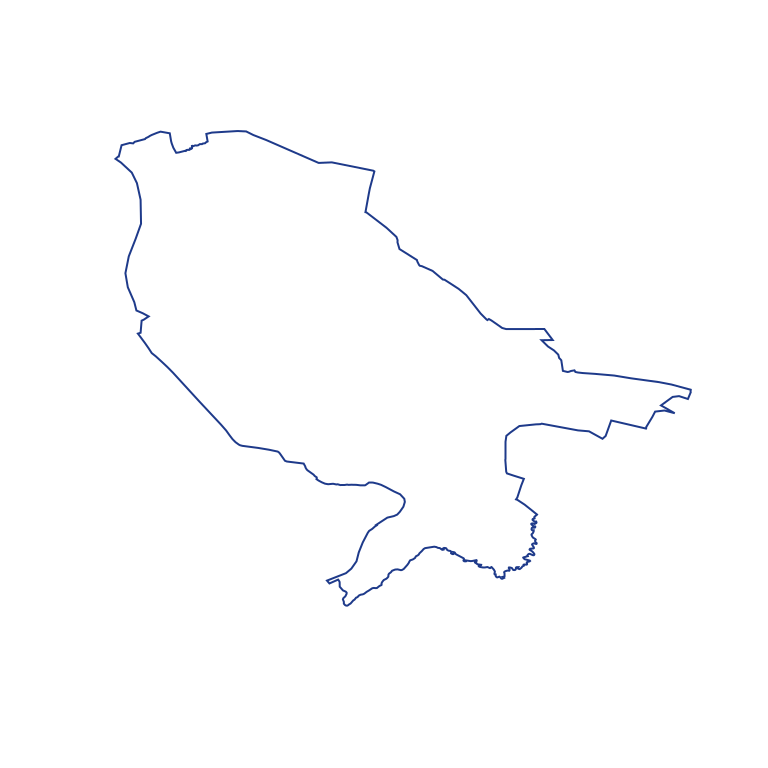 Kuldīga, Kuldigas, Latvia (Natural Earth projection), rotated 190°
{"feature_id": "27541924B54151317600079", "entity_name": "Kuldīga", "entity_type": "district", "adm_level": 2, "iso_a3": "LVA", "parent_name": "Latvia", "parent_adm1": "Kuldigas", "projection": "natural_earth1", "projection_center": [21.956, 56.971], "detail": "fine", "context": "isolated", "style": "outline", "palette": "blue", "viewbox_px": 768, "rotation_deg": 190, "n_neighbors": 0, "source": "geoboundaries", "source_scale": "gbopen_adm2", "svg_char_len": 6135}
<svg xmlns="http://www.w3.org/2000/svg" viewBox="0 0 768 768"><g transform="rotate(190 384 384)"><path d="M430.4,591.7L431.6,592.2L473.9,593.2L486.6,590.4L487.3,590.5L542.3,603.8L555.9,606.5L563.6,608.8L572.1,607.7L597.2,601.7L602.4,599.4L599.8,592.2L601.3,591.1L601.9,590.1L604.4,589.2L604.9,588.6L607.1,588.2L608.5,586.8L609.9,586.3L611.4,586.2L613.3,585.0L614.1,585.3L614.5,585.1L614.0,582.8L614.6,582.1L615.2,581.8L615.8,582.4L616.0,582.3L616.1,581.0L616.7,580.6L617.5,580.7L619.2,580.1L619.2,579.5L619.7,579.0L620.6,579.0L626.1,576.5L628.8,575.6L632.5,580.1L634.8,584.0L635.8,586.1L638.5,593.7L647.9,593.7L651.2,591.9L656.0,588.9L658.0,587.4L658.6,586.7L661.3,584.7L661.9,583.7L671.6,579.2L672.8,577.4L676.2,577.2L683.9,573.6L684.7,562.0L685.2,561.9L687.5,559.1L681.5,556.4L669.1,548.4L662.2,538.9L655.7,523.2L651.1,499.6L653.8,483.8L657.5,465.4L657.9,448.2L653.1,434.8L644.1,421.2L640.6,413.4L633.9,411.8L627.5,409.7L631.8,405.6L633.7,404.3L632.6,392.2L635.1,390.9L626.8,383.1L622.0,378.3L618.1,374.1L613.5,371.6L607.5,367.8L600.0,362.9L593.8,358.5L562.4,334.4L537.5,315.7L531.4,310.8L527.1,306.6L523.5,303.3L520.1,300.9L516.4,299.1L515.1,298.7L512.8,298.5L496.7,299.2L485.8,299.3L476.9,299.0L475.6,298.4L474.6,297.6L468.2,291.2L466.2,290.8L449.3,291.7L447.2,289.1L446.8,288.1L445.3,286.4L444.3,285.7L437.6,282.5L436.3,281.4L434.1,280.4L433.8,279.6L434.0,278.6L431.8,277.6L428.2,276.4L424.8,275.6L421.6,275.6L416.8,276.9L413.5,276.8L412.2,277.2L409.5,276.9L405.3,277.7L402.9,278.5L401.4,278.5L398.8,279.1L393.6,279.9L389.8,280.1L385.2,280.9L384.7,281.2L381.6,284.4L377.8,285.0L372.9,284.7L369.4,284.2L364.4,282.8L355.5,279.9L349.0,278.2L344.1,274.5L343.0,271.5L343.6,266.5L346.2,260.9L348.3,257.7L351.4,255.6L357.5,253.0L367.3,243.8L366.7,243.5L368.2,242.1L370.4,239.3L373.1,236.8L374.1,234.7L377.4,224.3L379.6,213.8L380.3,204.6L384.1,196.5L388.6,191.1L406.0,180.5L403.1,178.1L395.2,183.4L393.8,182.0L393.3,181.2L392.4,176.7L388.6,173.6L385.7,172.9L384.6,172.1L384.4,170.9L385.2,168.2L386.8,166.1L387.1,164.8L385.7,162.5L385.4,160.7L384.1,159.6L382.9,159.2L381.8,159.3L380.8,160.0L380.2,160.8L378.8,162.0L376.7,165.5L375.6,166.5L374.4,168.7L373.1,169.5L372.0,171.3L370.5,172.4L368.3,173.2L367.0,174.1L364.9,176.4L363.1,177.9L360.1,180.8L358.6,181.4L357.0,181.5L355.6,181.8L353.3,184.4L351.8,185.4L351.5,185.8L351.8,187.0L351.6,188.2L351.0,189.5L350.2,190.9L347.8,192.7L346.9,193.9L346.3,195.0L346.5,197.1L346.1,198.1L344.5,199.8L343.6,201.5L340.8,203.2L338.4,203.8L335.0,203.6L334.1,203.9L332.5,205.2L329.6,209.9L328.6,212.0L328.2,213.5L327.6,214.9L325.2,216.2L323.9,217.4L323.1,218.3L322.9,219.3L322.5,220.0L321.1,221.0L320.2,222.0L319.7,223.4L317.7,226.1L316.3,228.4L315.0,229.5L306.3,232.5L304.2,232.5L302.4,232.0L300.6,232.1L298.1,230.9L297.3,230.9L296.6,231.3L297.6,232.0L296.4,233.0L294.7,233.1L294.1,232.9L293.0,231.6L292.3,231.3L291.5,231.1L289.8,231.1L289.1,230.8L288.6,230.3L288.6,229.0L287.9,228.6L286.8,228.4L286.0,228.6L285.8,229.0L286.6,230.5L285.7,230.5L284.9,230.2L284.2,229.3L283.5,228.8L275.4,226.2L275.0,225.9L274.9,225.4L275.1,224.0L274.9,223.7L274.3,223.4L273.3,223.4L272.7,223.6L273.3,224.5L268.0,224.6L266.7,224.9L262.4,226.6L262.1,226.4L262.2,224.5L263.5,224.2L263.4,224.0L260.5,222.7L256.9,222.8L256.9,222.6L258.8,221.7L259.1,221.3L259.0,220.9L257.7,220.5L254.7,220.5L252.9,220.8L250.4,221.7L247.7,221.1L247.3,221.3L246.7,222.2L246.3,222.4L243.6,220.3L242.4,218.8L242.2,218.4L242.3,216.4L242.1,215.9L241.9,215.7L241.0,215.9L240.8,215.4L240.6,214.2L240.3,213.8L239.1,213.2L238.6,213.3L237.0,214.3L236.4,214.1L234.5,212.7L233.8,212.7L232.2,213.8L233.5,214.7L231.9,215.3L232.0,216.2L232.4,218.3L233.0,219.5L232.7,220.1L232.0,220.7L230.1,221.7L228.2,221.9L228.0,222.4L228.1,223.1L229.2,224.5L229.1,225.0L228.2,225.2L226.2,225.0L224.4,223.3L223.2,223.4L222.4,223.8L222.1,224.3L222.2,225.7L222.1,226.2L221.7,226.6L219.8,227.0L220.2,225.6L218.7,225.2L218.2,225.3L216.8,226.8L216.0,228.4L214.7,229.4L215.1,230.3L214.6,230.6L212.5,230.8L211.9,231.1L211.8,231.6L212.4,232.8L212.4,233.1L212.1,233.5L209.8,234.6L209.4,235.1L209.7,235.4L215.1,235.9L216.4,236.8L216.7,237.3L216.3,237.6L214.2,238.5L213.9,238.9L212.5,239.4L213.0,240.2L212.7,240.9L212.0,241.7L211.4,242.0L210.6,242.0L207.9,241.3L207.1,241.3L206.6,241.5L206.3,242.1L206.5,242.8L207.9,244.1L209.4,245.1L211.7,246.0L211.9,246.4L211.5,247.1L208.3,248.0L207.9,248.4L207.9,248.7L208.1,249.2L210.0,251.2L210.3,251.7L210.1,252.2L209.2,252.9L208.7,253.1L206.5,252.9L206.1,253.0L206.0,253.3L206.0,253.7L206.3,254.0L207.1,254.3L207.9,255.5L208.0,255.9L207.5,257.1L207.9,257.5L210.8,258.7L212.2,260.4L212.6,261.2L212.5,261.7L211.6,262.8L211.2,264.0L211.0,265.1L211.2,266.0L212.4,265.6L213.0,265.9L213.4,266.3L213.5,267.2L213.4,267.9L212.9,268.4L211.4,268.5L210.5,268.8L210.2,269.3L210.2,269.7L210.4,270.0L211.8,269.9L213.1,270.5L214.4,271.3L214.7,271.7L214.5,272.1L213.9,272.4L212.9,272.6L211.4,272.3L209.9,273.5L209.8,274.3L210.3,275.0L211.6,274.6L213.5,275.5L214.1,276.0L214.2,276.5L214.0,276.9L212.4,277.7L212.3,278.0L212.9,278.9L212.7,279.5L210.7,281.8L210.6,282.0L224.5,289.6L232.6,293.1L233.9,293.3L233.0,295.4L231.2,308.0L229.8,314.9L240.6,316.3L247.4,317.3L248.4,318.8L251.4,330.5L251.3,331.1L254.3,348.2L254.5,354.2L250.9,358.4L243.4,366.1L227.5,370.6L223.0,371.6L221.8,372.3L184.9,372.0L173.9,373.0L159.3,368.0L156.7,371.3L153.9,387.5L118.2,385.6L118.1,386.0L118.3,387.1L114.0,398.2L112.2,403.9L103.2,406.6L92.6,405.7L107.5,411.0L97.5,421.4L91.3,423.3L82.1,422.0L80.5,429.1L80.7,429.4L80.9,431.6L100.8,433.4L113.4,433.6L141.7,432.5L158.8,432.3L178.1,430.6L190.2,429.3L195.0,429.0L197.6,429.1L198.8,430.5L202.1,429.3L204.1,428.1L205.4,427.7L210.1,428.0L213.5,438.1L214.3,438.8L216.0,440.0L217.5,443.2L222.5,446.6L229.0,449.4L236.4,454.5L225.5,456.6L235.6,466.0L273.2,459.3L277.4,459.7L289.2,465.2L292.0,466.2L293.3,464.9L294.6,465.6L301.1,470.2L318.4,485.8L327.1,490.7L342.5,497.2L344.2,497.1L355.8,503.8L367.1,506.6L369.4,506.7L370.1,507.3L372.1,509.9L373.0,511.4L373.1,511.8L392.2,519.6L395.3,525.8L395.6,528.0L397.3,531.0L408.7,538.3L431.2,550.0L432.1,550.0L432.0,568.9L431.9,574.3L430.4,591.7Z" fill="none" stroke="#1e3a8a" stroke-width="2"/></g></svg>